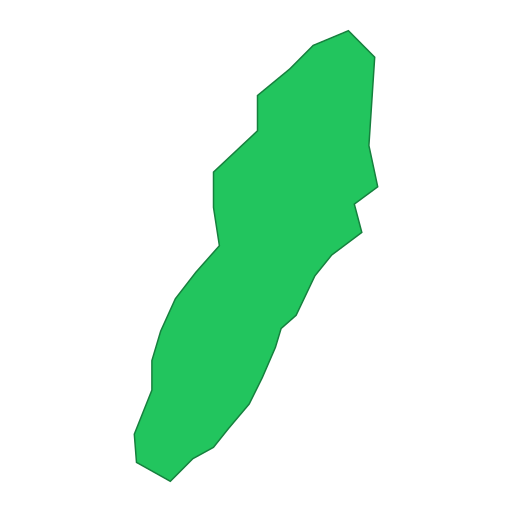 the district of Fterikoudi, Nicosia, Cyprus
{"feature_id": "46923920B21342367895677", "entity_name": "Fterikoudi", "entity_type": "district", "adm_level": 2, "iso_a3": "CYP", "parent_name": "Cyprus", "parent_adm1": "Nicosia", "projection": "albers", "projection_center": [33.075, 34.965], "detail": "fine", "context": "isolated", "style": "filled", "palette": "green", "viewbox_px": 512, "rotation_deg": 0, "n_neighbors": 0, "source": "geoboundaries", "source_scale": "gbopen_adm2", "svg_char_len": 523}
<svg xmlns="http://www.w3.org/2000/svg" viewBox="0 0 512 512"><path d="M134.3,434.2L136.5,462.4L170.3,481.3L192.8,458.7L213.5,447.3L228.5,428.5L249.2,404.0L262.3,377.6L275.4,347.4L281.1,328.5L296.1,315.3L314.9,275.8L331.7,255.0L361.8,232.4L354.3,204.1L377.7,186.8L374.3,170.8L368.9,145.6L374.7,57.2L348.4,30.7L313.2,45.4L289.7,69.0L257.5,95.5L257.5,130.8L213.5,172.1L213.5,207.4L219.4,245.7L195.9,272.2L175.4,298.7L160.7,331.1L151.9,360.6L151.9,390.1L134.3,434.2Z" fill="#22c55e" stroke="#15803d" stroke-width="1.5"/></svg>